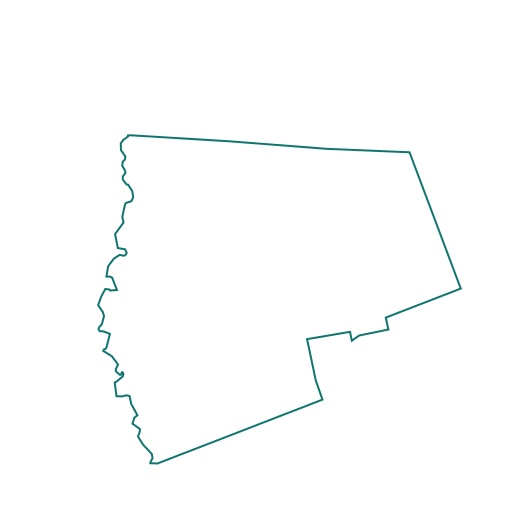 outline of Hidalgo, Texas, United States of America, rotated 69°
{"feature_id": "52423323B17892136313191", "entity_name": "Hidalgo", "entity_type": "district", "adm_level": 2, "iso_a3": "USA", "parent_name": "United States of America", "parent_adm1": "Texas", "projection": "albers", "projection_center": [-98.203, 26.412], "detail": "fine", "context": "isolated", "style": "outline", "palette": "teal", "viewbox_px": 512, "rotation_deg": 69, "n_neighbors": 0, "source": "geoboundaries", "source_scale": "gbopen_adm2", "svg_char_len": 1420}
<svg xmlns="http://www.w3.org/2000/svg" viewBox="0 0 512 512"><g transform="rotate(69 256 256)"><path d="M372.1,158.8L360.0,156.9L359.8,76.5L214.2,75.5L181.0,152.2L139.4,239.7L98.4,329.7L97.6,332.3L98.5,332.6L100.0,338.1L102.4,341.9L108.7,344.1L116.5,342.3L119.0,343.9L120.2,346.6L124.0,348.6L128.4,347.7L131.6,348.0L134.1,351.9L135.4,352.4L137.1,352.9L142.9,351.2L143.6,349.8L150.9,348.3L157.0,349.5L160.2,352.7L159.9,358.5L160.7,359.6L171.3,366.7L177.3,367.7L185.0,379.7L199.0,382.1L202.9,375.8L206.8,375.6L208.4,377.6L208.4,379.3L206.1,382.9L207.5,389.6L212.5,397.6L219.3,401.7L221.6,403.0L223.1,399.4L224.6,398.1L237.9,398.0L236.0,404.5L234.7,404.9L232.8,408.5L238.4,415.0L245.3,421.0L253.4,419.1L257.6,419.4L264.4,424.3L265.0,425.5L266.2,427.8L267.9,429.3L270.3,428.8L271.4,425.8L276.3,420.3L287.7,428.3L288.7,429.5L288.7,431.5L289.9,432.6L297.9,426.5L298.5,426.3L307.9,423.7L311.3,427.3L312.7,428.1L314.2,427.8L318.2,425.6L318.4,424.4L316.5,422.9L317.0,422.1L318.8,422.1L320.6,423.5L323.4,431.5L323.4,433.2L336.9,436.5L339.0,431.6L339.6,426.9L341.5,424.2L349.2,425.5L362.2,423.8L363.3,427.5L368.3,431.4L375.8,426.4L378.4,427.5L382.3,430.9L391.7,429.0L403.6,424.2L407.8,425.1L410.3,428.2L411.6,428.9L414.4,422.3L414.3,397.9L414.3,393.2L414.2,344.5L414.0,287.0L413.9,245.4L393.7,244.8L358.8,239.2L351.9,238.2L360.5,195.4L369.4,196.9L367.2,188.2L372.1,158.8Z" fill="none" stroke="#0f766e" stroke-width="2"/></g></svg>